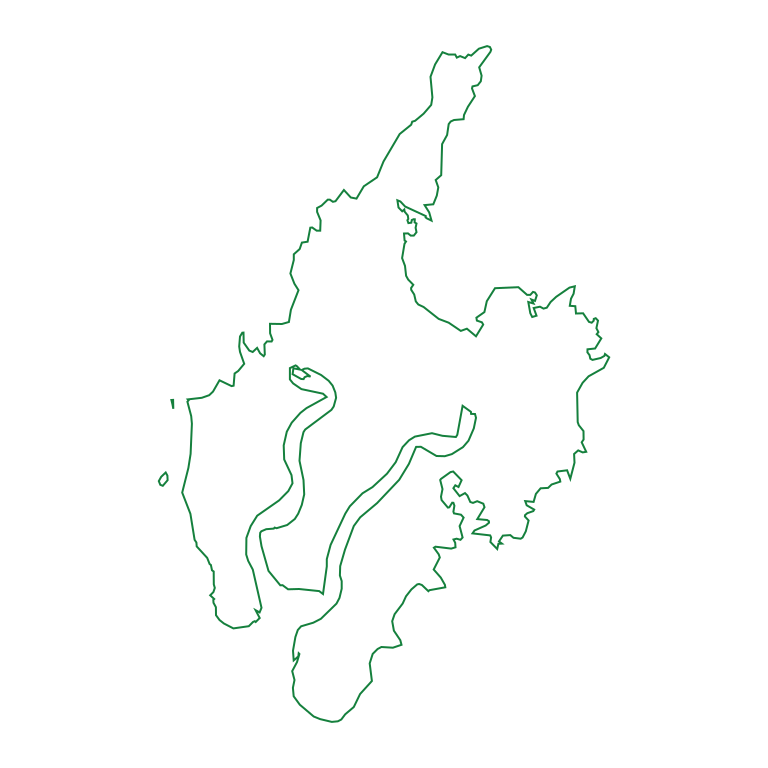 Barguna, Barisal, Bangladesh
{"feature_id": "16705992B13795829103768", "entity_name": "Barguna", "entity_type": "district", "adm_level": 2, "iso_a3": "BGD", "parent_name": "Bangladesh", "parent_adm1": "Barisal", "projection": "natural_earth1", "projection_center": [90.164, 22.173], "detail": "fine", "context": "isolated", "style": "outline", "palette": "green", "viewbox_px": 768, "rotation_deg": 0, "n_neighbors": 0, "source": "geoboundaries", "source_scale": "gbopen_adm2", "svg_char_len": 6093}
<svg xmlns="http://www.w3.org/2000/svg" viewBox="0 0 768 768"><path d="M480.8,81.3L481.6,75.7L479.2,67.3L490.4,51.9L491.2,49.7L489.9,47.0L487.1,46.1L478.9,48.7L471.2,55.6L468.3,54.6L465.1,58.1L460.1,56.1L456.8,57.6L455.2,54.5L448.5,54.5L442.5,52.2L435.1,64.4L430.5,76.8L432.4,97.4L431.2,104.9L423.6,113.7L415.1,120.8L412.2,121.7L411.2,124.7L399.7,134.0L383.5,161.5L377.1,177.3L363.8,186.3L356.5,198.6L350.8,197.5L343.9,190.0L335.5,201.2L332.9,201.8L329.9,199.7L327.7,199.7L321.6,205.6L317.1,208.0L317.1,211.9L320.6,220.4L320.2,230.7L316.7,230.7L312.2,227.5L310.3,227.7L307.6,241.7L301.9,242.6L299.7,249.0L293.8,254.3L293.8,260.0L290.4,273.5L294.4,283.7L298.5,290.2L290.9,309.8L288.9,322.0L281.9,324.0L270.0,323.8L270.1,333.3L272.5,339.9L271.6,341.5L267.0,341.4L264.4,344.4L264.8,354.5L263.7,356.2L260.1,353.3L257.1,347.9L252.7,352.0L249.3,350.6L243.7,342.6L243.5,332.6L242.3,332.7L240.0,336.5L239.2,346.5L240.0,351.9L244.2,363.8L238.2,371.0L234.6,373.5L233.6,385.7L231.6,386.1L219.5,380.3L213.0,391.6L209.2,395.2L201.8,397.8L187.8,399.4L188.6,400.3L187.4,401.7L191.2,416.1L191.9,423.7L190.6,453.9L188.4,467.9L182.2,492.6L190.4,513.8L194.6,539.8L196.4,542.5L196.7,546.4L207.2,557.9L209.6,564.0L210.9,565.0L212.0,570.3L213.7,571.5L213.8,584.4L214.8,587.9L213.4,592.1L210.2,595.3L214.2,599.0L213.3,599.9L213.5,602.8L215.9,607.2L216.0,615.2L219.5,620.0L223.9,623.5L233.4,628.4L248.8,626.2L253.1,621.9L254.8,621.2L255.7,622.0L259.7,618.0L255.6,610.2L259.6,612.4L261.5,607.8L252.8,569.6L248.2,560.9L246.2,554.5L246.4,537.9L250.7,526.1L257.2,515.7L279.1,500.4L288.3,491.1L292.5,483.3L291.5,475.1L284.2,459.5L283.7,445.4L286.8,431.7L291.7,422.7L300.4,412.9L306.5,408.1L326.6,397.0L323.0,393.7L301.4,389.1L293.1,383.4L289.9,379.4L289.9,368.1L295.6,365.4L296.9,366.2L300.1,369.6L293.4,368.3L292.6,374.2L301.2,379.0L303.6,379.1L304.6,377.2L307.4,376.0L310.5,376.6L301.7,370.0L304.5,368.7L307.9,368.4L321.1,375.0L328.7,380.8L332.6,385.6L335.3,392.4L336.1,397.8L333.7,406.5L331.4,409.9L305.2,429.5L303.5,432.1L300.8,443.2L299.5,460.8L303.5,480.0L304.2,494.4L301.8,504.9L298.2,513.7L294.8,519.0L287.2,525.0L276.6,528.2L274.6,527.6L273.8,528.6L266.2,529.2L261.3,531.3L260.2,532.8L259.9,536.5L261.5,546.2L268.5,570.9L280.3,585.3L282.6,585.2L288.1,589.3L299.0,589.0L319.2,591.1L323.0,594.0L326.8,566.4L326.8,559.1L330.6,544.9L345.3,513.6L349.8,506.3L362.5,493.3L372.5,487.1L387.0,473.7L395.7,462.2L402.6,447.1L409.1,440.2L414.9,436.6L432.0,433.2L442.4,435.8L455.9,437.0L457.3,434.8L462.6,405.8L470.9,411.8L471.1,413.9L475.0,414.0L476.0,417.8L473.8,428.4L468.5,440.7L463.0,447.1L451.9,454.1L444.8,456.2L436.5,456.0L420.9,446.8L416.1,446.9L408.9,463.9L399.2,479.8L377.1,503.1L360.2,517.3L353.8,526.0L345.0,549.6L340.2,566.1L339.9,575.5L341.7,581.1L341.7,588.7L339.5,597.9L336.5,603.6L320.9,618.8L313.3,622.7L301.1,626.3L297.8,630.0L295.4,637.0L293.0,650.7L293.7,660.4L298.3,656.4L298.7,653.3L299.4,654.0L297.0,662.1L292.2,671.1L294.5,680.0L292.9,687.8L293.7,696.3L299.8,704.7L313.7,716.5L320.1,719.1L331.8,721.9L337.9,721.3L341.3,719.5L345.2,714.3L353.8,707.0L360.1,694.0L371.9,681.0L369.7,663.4L372.7,653.9L377.6,649.0L381.4,647.0L392.9,647.7L401.5,644.8L400.3,640.2L393.9,630.7L392.2,621.2L394.6,614.2L402.7,603.5L406.0,596.3L411.4,589.4L417.2,584.4L419.1,584.0L421.9,585.0L428.4,591.2L429.4,590.2L445.3,587.3L444.9,584.8L440.8,577.6L433.7,569.5L439.8,557.5L438.7,554.3L433.9,547.7L435.5,546.7L451.2,548.6L455.5,547.3L455.2,542.8L453.5,539.5L456.6,538.7L460.5,539.8L462.6,537.5L459.6,526.1L463.6,517.6L461.0,514.7L454.0,513.4L453.4,511.7L454.4,505.7L453.4,502.8L452.2,502.7L449.3,507.3L447.9,507.6L441.6,500.1L441.0,496.7L442.5,489.1L440.2,480.0L441.0,478.9L450.5,472.1L453.2,471.5L461.6,480.2L458.5,487.0L455.3,485.3L453.4,488.2L459.6,496.1L465.0,493.1L467.4,495.5L470.3,502.0L473.0,502.9L477.2,501.2L483.3,503.7L484.5,507.2L477.3,519.1L487.1,520.0L488.9,521.2L489.0,522.7L485.7,525.5L474.5,530.5L472.5,533.4L490.2,535.4L491.1,537.4L490.4,542.0L497.2,549.0L498.4,543.8L501.9,543.6L499.0,541.4L502.9,535.6L510.3,535.1L513.5,537.8L520.7,538.7L522.6,537.5L525.8,531.3L528.6,520.5L524.9,516.5L525.0,515.2L527.3,513.2L533.3,511.1L534.2,509.6L526.7,505.3L525.2,501.1L533.6,501.9L535.9,493.9L540.6,488.3L548.1,487.9L551.6,484.5L560.3,481.6L559.8,479.0L556.4,473.6L557.5,471.5L567.1,470.3L570.3,478.8L574.5,462.7L574.1,454.0L578.2,450.4L582.7,452.4L586.2,451.8L581.7,442.3L583.6,439.5L583.5,431.1L578.8,425.2L577.7,422.1L577.1,392.6L582.6,382.8L588.6,376.3L603.8,367.8L609.2,357.3L605.0,354.0L604.4,355.9L600.7,358.0L592.5,359.9L590.3,358.7L589.5,355.1L587.4,352.3L587.5,349.3L595.1,348.5L601.3,338.4L596.7,334.2L598.4,332.1L596.4,328.2L598.0,320.6L595.7,318.2L593.8,318.9L593.7,320.7L591.7,322.7L589.0,321.9L583.1,313.3L576.0,313.5L575.3,306.2L569.8,305.8L571.0,298.7L573.6,293.7L574.8,286.3L569.5,287.6L556.2,296.8L550.6,302.0L546.8,307.7L543.5,308.6L540.0,306.7L533.7,308.0L536.5,315.7L532.2,317.0L530.3,313.2L528.3,302.0L533.5,303.5L531.4,299.5L535.0,300.9L536.8,295.3L535.0,292.5L533.0,291.9L530.3,294.9L527.1,294.9L518.4,287.2L495.0,288.2L486.8,301.2L484.4,312.1L476.4,317.7L476.9,320.6L481.9,322.3L483.2,324.6L476.0,336.3L466.9,328.7L460.8,330.9L448.7,322.7L438.7,318.9L423.6,307.0L418.3,304.5L415.8,301.4L414.2,294.5L411.2,289.8L411.1,288.0L413.3,284.8L408.2,279.6L406.1,275.8L405.0,265.9L402.1,258.1L404.5,243.8L406.0,241.5L404.6,240.5L404.0,233.5L408.0,233.4L410.7,235.6L413.8,235.6L416.5,232.2L415.6,227.8L416.5,223.5L414.6,222.4L414.8,219.3L413.7,219.2L411.8,220.0L411.3,222.7L408.4,223.1L407.4,220.2L408.3,218.9L407.8,215.5L404.6,211.6L404.3,209.5L402.2,211.3L398.5,207.5L397.4,200.3L400.4,201.5L405.1,206.5L425.8,216.1L425.6,217.4L426.9,218.4L431.5,220.6L429.2,212.4L424.6,205.1L433.3,204.3L436.8,195.6L438.3,187.4L435.7,180.0L441.2,175.2L442.1,144.1L447.1,135.0L448.7,124.1L450.7,121.5L454.0,120.0L463.6,119.2L464.0,115.0L467.9,106.8L474.9,96.1L472.0,88.4L472.5,86.4L477.7,85.2L480.8,81.3ZM162.8,485.8L167.6,480.2L167.4,475.6L165.7,472.5L161.2,476.8L158.8,481.1L160.3,484.8L162.8,485.8ZM173.3,408.8L173.1,399.9L171.4,400.0L172.5,404.5L173.3,408.8Z" fill="none" stroke="#15803d" stroke-width="2"/></svg>